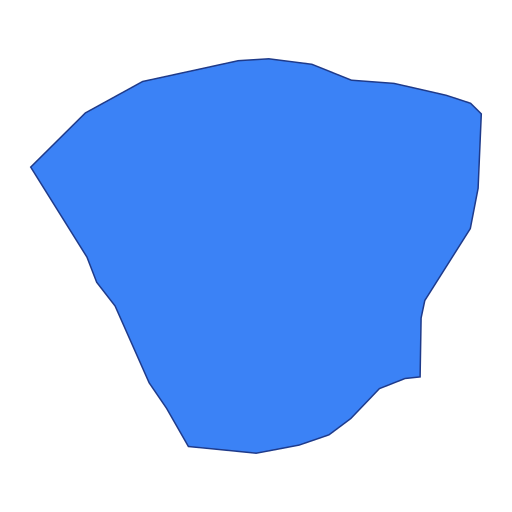 Salcajá, Quezaltenango, Guatemala
{"feature_id": "79465075B86011585476581", "entity_name": "Salcajá", "entity_type": "district", "adm_level": 2, "iso_a3": "GTM", "parent_name": "Guatemala", "parent_adm1": "Quezaltenango", "projection": "albers", "projection_center": [-91.46, 14.876], "detail": "fine", "context": "isolated", "style": "filled", "palette": "blue", "viewbox_px": 512, "rotation_deg": 0, "n_neighbors": 0, "source": "geoboundaries", "source_scale": "gbopen_adm2", "svg_char_len": 480}
<svg xmlns="http://www.w3.org/2000/svg" viewBox="0 0 512 512"><path d="M420.1,376.9L421.1,318.0L424.8,300.5L470.3,228.6L478.1,188.3L481.3,113.9L470.6,103.3L446.2,95.3L394.0,83.4L351.4,80.2L311.9,64.3L268.8,58.8L238.2,60.7L181.7,73.0L142.6,81.5L85.4,112.9L30.7,167.1L87.0,257.2L96.7,282.3L115.1,306.0L149.2,382.9L166.5,408.2L188.4,446.5L256.2,453.2L299.0,445.1L329.0,434.8L350.8,418.5L379.4,388.6L405.0,378.5L420.1,376.9Z" fill="#3b82f6" stroke="#1e3a8a" stroke-width="1.5"/></svg>